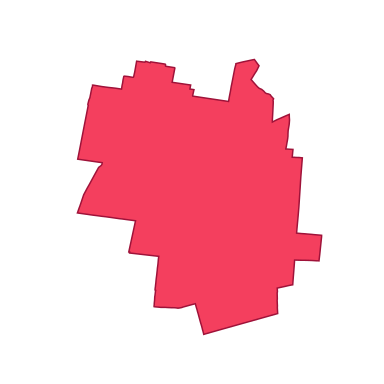 Vlad Tepes, Calarasi, Romania (Equal Earth projection), rotated 163°
{"feature_id": "2599482B30900908751152", "entity_name": "Vlad Tepes", "entity_type": "district", "adm_level": 2, "iso_a3": "ROU", "parent_name": "Romania", "parent_adm1": "Calarasi", "projection": "equal_earth", "projection_center": [27.074, 44.378], "detail": "fine", "context": "isolated", "style": "filled", "palette": "rose", "viewbox_px": 384, "rotation_deg": 163, "n_neighbors": 0, "source": "geoboundaries", "source_scale": "gbopen_adm2", "svg_char_len": 3815}
<svg xmlns="http://www.w3.org/2000/svg" viewBox="0 0 384 384"><g transform="rotate(163 192 192)"><path d="M123.6,281.5L125.8,277.1L128.2,272.6L130.6,267.9L137.1,271.0L149.5,276.9L163.1,283.4L163.3,283.5L163.3,283.8L160.2,289.3L163.9,291.1L162.0,294.7L178.9,302.7L177.4,305.6L173.6,312.8L172.2,315.4L172.2,315.6L172.2,315.9L172.3,316.0L180.3,319.9L180.4,320.0L180.5,320.1L180.5,320.3L180.5,320.5L180.1,321.3L180.1,321.6L180.1,321.9L180.4,322.2L182.6,323.3L193.4,328.5L194.2,327.8L198.3,330.6L199.1,329.9L206.7,333.3L209.2,328.4L211.7,323.5L214.1,319.3L214.3,319.0L214.5,318.9L214.9,318.9L216.2,319.5L217.6,320.2L218.9,320.9L219.8,321.3L222.6,322.5L223.0,322.6L223.4,322.5L225.2,319.3L226.5,316.5L227.7,314.4L229.3,311.0L234.3,313.4L236.8,314.5L240.8,316.2L243.7,317.5L247.2,319.1L255.6,323.3L255.8,323.3L255.8,323.2L256.8,321.2L257.2,320.9L257.4,320.8L258.3,319.1L262.1,312.0L262.6,311.4L263.1,310.8L263.7,310.1L265.8,306.6L266.0,306.1L266.1,305.8L265.9,305.1L266.0,305.0L276.4,285.5L285.0,269.3L288.9,262.0L291.7,256.8L282.1,252.3L273.8,248.4L269.3,246.3L269.7,245.4L270.0,244.8L270.8,244.1L271.6,243.7L274.1,242.8L274.5,242.4L280.6,236.5L287.6,229.6L291.1,226.3L296.4,221.0L300.4,215.4L301.9,213.3L303.2,211.5L304.6,209.7L306.3,207.4L307.0,206.4L307.7,205.5L306.7,205.0L300.5,202.1L298.5,201.2L295.4,199.7L293.2,198.7L289.4,197.0L285.3,195.1L281.8,193.6L280.1,192.8L276.2,191.0L274.3,190.1L271.1,188.6L269.2,187.7L266.6,186.6L263.8,185.3L262.5,184.7L254.4,181.0L270.0,153.1L269.1,152.7L269.5,151.9L242.6,140.2L242.8,139.8L243.3,138.7L244.0,137.1L244.4,136.1L245.0,134.6L245.6,133.1L246.5,131.1L247.4,129.2L248.1,127.4L248.8,125.8L249.6,123.9L250.4,122.1L251.4,119.9L252.3,117.8L253.1,115.8L254.0,113.8L254.7,112.1L255.1,111.3L255.7,109.9L256.0,109.1L255.5,108.6L255.8,108.2L256.1,107.4L257.6,104.0L258.3,102.6L258.8,101.2L259.3,99.8L259.7,98.8L260.6,96.7L261.0,95.5L261.4,94.6L261.6,94.0L261.8,93.5L261.8,93.4L259.7,92.5L257.7,91.7L255.6,90.8L251.3,89.5L249.3,88.7L248.1,88.3L245.1,87.2L244.9,87.2L242.2,86.3L241.0,85.8L239.8,85.2L238.8,84.9L237.5,84.7L236.5,84.6L235.5,84.5L234.1,84.6L230.8,84.5L227.3,84.4L223.9,84.3L221.5,84.2L221.6,80.3L221.6,78.1L221.7,75.8L221.7,73.6L221.8,71.0L221.9,67.8L222.0,64.4L222.0,63.4L222.0,60.9L222.1,58.5L222.2,57.3L222.2,56.3L222.2,55.8L222.3,53.9L222.3,52.9L222.4,52.6L222.4,52.4L220.2,52.4L217.4,52.3L215.9,52.3L215.6,52.3L201.7,52.0L188.8,51.7L162.9,51.1L145.6,50.7L144.7,54.5L144.2,56.5L143.6,58.2L142.2,63.7L141.7,64.7L140.0,70.8L139.5,71.5L138.6,75.2L134.0,74.8L130.4,74.5L127.4,74.3L125.2,74.1L124.2,74.0L122.8,73.8L121.5,77.2L117.4,87.6L114.7,94.5L113.8,96.9L112.8,96.6L111.6,96.2L108.7,95.2L106.3,94.4L104.3,93.8L101.0,92.7L97.8,91.6L96.7,91.2L93.0,89.8L91.4,89.3L90.7,89.0L88.1,94.9L82.4,108.4L81.2,111.2L80.7,112.7L82.6,113.5L84.9,114.4L88.1,115.7L90.2,116.6L92.5,117.5L95.0,118.5L96.7,119.2L99.1,120.1L101.8,121.2L104.0,122.1L102.0,127.1L101.1,129.3L99.5,133.2L97.3,138.6L94.7,145.1L94.3,146.1L91.3,154.0L86.6,166.4L83.6,174.4L76.5,192.4L79.3,193.6L82.9,194.8L83.8,195.2L86.0,195.9L83.0,203.2L89.7,205.7L89.4,206.4L89.0,207.0L87.9,209.1L86.6,211.7L85.6,213.6L84.7,215.5L83.9,217.4L83.3,219.3L82.7,221.0L82.1,222.6L81.3,224.2L80.4,226.0L79.8,227.2L79.1,228.7L78.4,230.5L77.7,232.3L77.0,235.3L76.3,237.8L78.4,237.6L89.6,236.3L94.7,235.4L94.3,236.8L91.3,245.0L89.9,248.9L88.4,253.1L88.0,254.4L87.8,255.1L87.7,256.1L86.7,257.3L87.3,258.6L88.2,260.4L88.8,262.2L90.2,263.4L92.0,264.4L92.9,265.3L94.0,267.7L95.4,269.8L97.4,271.5L98.6,273.4L99.8,276.0L101.5,279.8L102.6,282.3L100.4,284.2L97.6,286.7L94.7,289.1L91.0,293.1L91.7,295.0L93.6,300.5L96.6,300.8L100.3,301.1L104.7,301.5L106.3,301.6L107.7,301.7L109.6,301.8L112.2,301.9L112.5,301.9L112.7,301.3L113.8,299.5L115.1,297.4L122.6,283.3L123.4,281.9L123.6,281.5Z" fill="#f43f5e" stroke="#9f1239" stroke-width="1.5"/></g></svg>